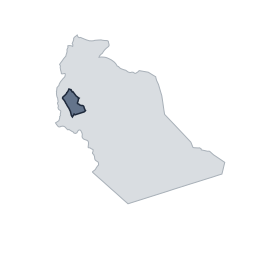 Bahr-Azoum, Salamat, Chad (highlighted), rotated 132°
{"feature_id": "50815135B73615292321578", "entity_name": "Bahr-Azoum", "entity_type": "district", "adm_level": 2, "iso_a3": "TCD", "parent_name": "Chad", "parent_adm1": "Salamat", "projection": "natural_earth1", "projection_center": [20.375, 10.976], "detail": "fine", "context": "in_parent", "style": "filled", "palette": "slate", "viewbox_px": 256, "rotation_deg": 132, "n_neighbors": 0, "source": "geoboundaries", "source_scale": "gbopen_adm2", "svg_char_len": 5005}
<svg xmlns="http://www.w3.org/2000/svg" viewBox="0 0 256 256"><g transform="rotate(132 128 128)"><path d="M184.3,77.3L184.4,82.9L184.4,88.5L184.4,94.1L184.5,99.8L184.5,105.4L184.5,111.0L184.6,116.6L184.6,122.3L184.6,124.1L184.5,124.9L184.4,125.0L184.2,125.1L181.6,124.6L180.5,124.5L179.0,124.9L176.7,125.2L175.2,125.1L174.2,126.1L173.3,127.2L173.7,130.0L173.7,130.9L173.3,131.9L172.6,132.7L172.0,133.4L171.5,134.0L171.0,135.2L170.6,135.8L170.7,136.6L170.6,137.4L170.1,137.9L169.1,138.2L168.4,138.6L167.8,139.2L167.4,139.6L167.6,140.2L167.9,141.0L168.1,142.2L168.2,143.0L168.7,143.6L169.0,144.0L169.1,144.5L168.8,144.9L167.5,145.8L167.0,146.2L166.4,146.6L166.2,146.8L165.2,147.7L164.7,148.4L164.5,149.1L164.5,149.9L165.0,151.2L165.5,152.4L165.8,153.2L165.9,154.1L165.8,155.0L165.6,155.7L165.1,156.4L163.3,157.7L162.4,159.1L161.7,160.8L161.5,161.8L161.7,162.4L162.1,162.9L162.6,163.2L163.4,163.3L164.7,163.0L165.9,162.8L167.2,163.4L167.9,164.8L167.6,165.9L168.1,167.8L168.5,170.1L168.5,170.9L168.7,171.1L169.5,171.3L169.7,171.8L169.4,175.9L169.8,177.0L170.3,177.8L170.9,178.2L171.5,178.8L171.9,179.1L172.6,179.2L173.4,180.0L173.6,180.9L173.5,181.9L173.1,183.9L172.7,185.3L172.2,185.2L171.3,184.9L170.2,184.6L168.8,184.3L167.4,184.9L166.0,185.6L165.5,186.2L165.1,186.5L164.5,186.4L163.9,186.5L163.6,187.0L163.0,187.6L161.0,188.8L160.5,189.2L160.3,189.6L160.3,190.1L160.5,191.1L160.5,192.3L160.0,193.2L159.5,193.9L158.9,194.1L158.3,194.3L158.0,194.7L156.9,196.9L156.4,197.3L155.5,197.2L152.7,200.5L152.5,201.4L151.5,202.8L150.2,204.3L149.0,205.1L149.0,205.4L148.7,205.7L148.0,206.0L145.5,207.8L142.6,207.8L141.3,208.5L140.1,208.8L138.2,209.2L137.7,209.1L135.3,209.3L132.6,209.2L131.5,209.5L130.5,210.2L129.8,210.8L129.7,211.0L129.8,211.3L129.8,211.5L131.7,213.0L132.2,213.8L131.7,214.5L131.4,214.6L131.1,215.2L130.0,216.9L128.3,219.0L127.4,219.5L127.0,219.9L126.6,221.3L126.3,221.4L125.1,221.6L122.8,221.8L119.5,222.2L117.6,222.3L116.4,222.2L114.7,223.1L114.1,223.4L113.7,223.5L112.0,224.4L110.6,225.8L110.1,226.0L108.1,226.6L107.4,227.6L107.0,227.7L105.7,226.4L104.9,225.2L104.5,224.1L104.4,223.7L104.2,223.8L103.5,224.3L102.9,224.9L102.6,226.0L100.6,226.7L98.8,227.4L98.0,228.2L96.8,228.6L95.3,228.4L94.1,228.1L92.9,228.0L93.4,227.0L93.7,226.2L93.7,225.3L93.6,224.7L92.9,224.4L92.5,223.9L91.5,221.0L90.4,218.0L89.0,215.0L87.4,213.1L86.2,212.0L85.9,211.8L85.3,211.5L84.8,211.1L82.7,209.1L80.5,206.9L80.0,205.9L78.9,204.3L77.7,202.8L77.0,202.0L76.7,200.7L77.6,199.6L78.5,198.1L79.6,197.1L81.1,197.1L83.4,197.5L86.0,197.6L88.6,197.3L89.2,197.1L89.9,197.1L91.3,197.4L93.6,197.4L94.9,196.8L93.5,195.8L92.1,194.1L90.8,192.4L90.0,190.8L89.3,188.7L88.6,186.2L88.2,182.9L88.3,181.0L88.5,179.7L89.2,177.5L88.7,176.2L88.8,175.2L88.8,173.7L88.6,172.9L87.6,170.3L87.5,170.1L86.6,168.3L86.3,165.4L85.4,163.5L83.9,162.5L83.1,161.4L82.8,159.4L82.2,158.9L79.9,158.2L77.9,158.1L76.5,155.9L74.7,153.0L73.0,150.3L72.0,144.8L71.4,141.7L72.1,140.8L73.5,138.6L75.3,134.4L79.4,127.8L81.4,124.5L85.5,119.5L90.6,113.4L93.4,109.9L93.9,103.6L94.4,96.9L94.8,91.9L95.3,85.9L95.7,80.9L96.0,77.3L96.4,72.1L96.8,71.1L98.8,67.1L98.9,66.5L98.6,65.9L95.8,62.4L94.9,61.6L94.5,59.9L95.2,58.9L91.9,53.1L91.1,52.4L90.7,51.7L90.7,50.6L90.7,46.6L89.8,40.4L88.8,33.1L92.7,31.0L95.6,29.4L99.4,27.4L102.9,29.5L108.0,32.4L113.0,35.4L118.1,38.4L123.2,41.4L128.2,44.4L133.3,47.4L138.4,50.4L143.5,53.4L148.6,56.3L153.7,59.3L158.8,62.3L163.9,65.3L169.0,68.3L174.1,71.3L179.2,74.3L184.3,77.3Z" fill="#d9dde1" stroke="#a8b0b8" stroke-width="1"/><path d="M138.6,189.5L137.9,193.2L138.5,193.5L138.4,194.2L138.0,194.9L138.1,195.7L137.6,196.0L138.1,196.9L138.5,198.0L138.9,197.9L139.4,197.7L139.9,197.5L140.5,197.3L141.1,197.2L141.7,197.1L142.3,197.1L142.7,197.2L143.0,197.0L143.3,196.8L143.8,196.7L144.2,196.8L144.6,196.8L144.9,196.8L145.4,196.8L146.0,196.8L146.3,196.8L146.9,196.9L147.4,197.0L147.7,197.0L148.5,197.1L149.0,197.0L149.5,196.7L149.8,196.4L149.9,195.7L150.0,194.8L150.1,194.2L150.2,193.7L150.4,193.0L150.5,192.6L150.6,192.2L150.9,191.6L151.1,191.2L151.2,190.9L151.3,190.3L151.5,189.7L151.6,189.3L151.8,188.9L152.0,188.4L152.2,187.7L152.4,187.1L152.5,186.7L152.7,185.7L153.0,184.9L153.2,184.3L153.4,183.9L153.6,183.4L153.9,182.8L154.1,182.2L154.2,181.9L154.4,181.6L154.9,181.0L155.1,180.6L155.4,180.2L155.7,179.8L156.0,179.3L156.3,178.9L156.6,178.4L156.7,178.0L156.8,177.6L156.9,177.1L157.0,176.7L154.4,177.2L153.7,177.4L153.7,176.2L153.2,175.9L152.1,175.3L148.7,173.3L145.6,171.5L145.1,171.3L144.7,171.3L144.4,171.2L143.4,171.3L143.4,171.7L143.3,172.1L143.0,172.7L142.7,173.3L142.5,173.8L142.2,174.3L141.7,175.0L141.5,175.6L141.5,176.1L141.6,176.6L142.0,177.2L142.5,177.7L142.8,178.4L143.0,178.9L143.2,179.4L143.2,179.8L143.1,180.2L143.2,180.7L143.5,181.4L143.6,181.9L143.4,182.2L143.1,182.4L142.8,182.6L142.4,182.8L142.0,182.8L141.5,183.1L141.1,183.3L140.5,183.7L140.2,183.8L139.7,184.1L139.3,184.3L138.9,184.3L138.5,184.3L138.7,185.0L139.0,185.4L138.7,185.9L138.9,187.9L138.6,189.5Z" fill="#64748b" stroke="#1e293b" stroke-width="1.5"/></g></svg>